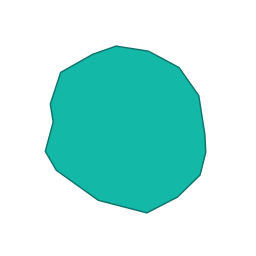 outline of Isiro, Orientale, Democratic Republic of the Congo, rotated 299°
{"feature_id": "63176286B55213243416233", "entity_name": "Isiro", "entity_type": "district", "adm_level": 2, "iso_a3": "COD", "parent_name": "Democratic Republic of the Congo", "parent_adm1": "Orientale", "projection": "robinson", "projection_center": [27.634, 2.767], "detail": "fine", "context": "isolated", "style": "filled", "palette": "teal", "viewbox_px": 256, "rotation_deg": 299, "n_neighbors": 0, "source": "geoboundaries", "source_scale": "gbopen_adm2", "svg_char_len": 372}
<svg xmlns="http://www.w3.org/2000/svg" viewBox="0 0 256 256"><g transform="rotate(299 128 128)"><path d="M50.4,137.2L62.9,185.6L91.5,204.7L121.8,213.8L144.4,207.8L159.4,198.5L190.6,174.2L205.6,143.3L205.1,108.7L193.8,77.8L175.2,61.3L144.0,42.2L111.4,48.4L96.9,59.7L67.5,67.0L56.3,85.8L50.6,135.1L50.4,137.2Z" fill="#14b8a6" stroke="#0f766e" stroke-width="1.5"/></g></svg>